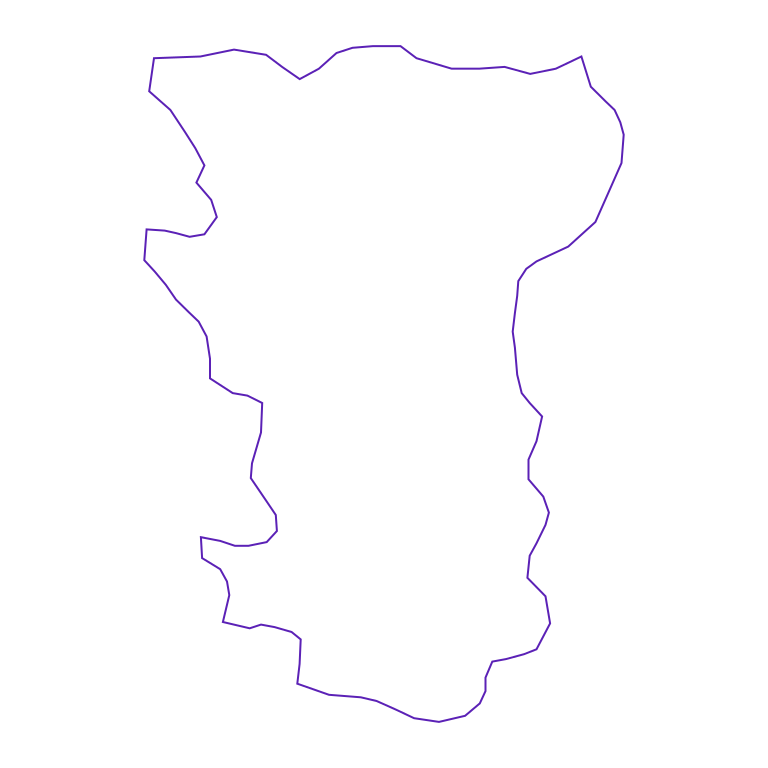 Larnakas Lapithou, Cyprus (Equal Earth projection)
{"feature_id": "46923920B93505429851808", "entity_name": "Larnakas Lapithou", "entity_type": "district", "adm_level": 2, "iso_a3": "CYP", "parent_name": "Cyprus", "parent_adm1": "", "projection": "equal_earth", "projection_center": [33.129, 35.305], "detail": "fine", "context": "isolated", "style": "outline", "palette": "violet", "viewbox_px": 768, "rotation_deg": 0, "n_neighbors": 0, "source": "geoboundaries", "source_scale": "gbopen_adm2", "svg_char_len": 1450}
<svg xmlns="http://www.w3.org/2000/svg" viewBox="0 0 768 768"><path d="M149.2,91.3L170.4,110.0L185.1,132.2L195.3,148.2L204.4,165.4L196.4,182.6L211.2,199.9L216.8,217.1L204.4,234.3L189.6,236.8L176.0,233.1L164.7,230.6L146.6,229.4L144.3,260.2L154.5,271.3L165.8,284.8L176.0,299.6L188.5,311.9L198.7,321.7L206.6,336.5L210.0,358.7L210.0,378.4L232.7,393.1L247.4,395.6L262.2,403.0L261.0,432.5L252.0,463.3L250.8,478.1L266.7,501.5L275.8,515.0L276.9,531.0L266.7,542.1L248.5,545.8L234.9,545.8L220.2,540.9L200.9,537.2L202.1,558.1L220.2,569.2L227.0,581.5L229.3,595.1L222.9,622.0L249.7,628.3L261.0,624.6L274.6,627.1L291.6,632.0L300.7,639.4L299.6,664.0L297.3,683.7L329.0,694.8L360.8,697.3L376.6,701.0L395.9,709.6L414.1,718.2L439.0,721.9L465.1,715.8L479.8,703.4L485.5,691.1L485.5,677.6L492.3,661.6L505.9,659.1L524.0,654.2L536.5,649.3L550.1,623.4L545.5,596.3L527.4,577.8L529.7,555.7L536.5,543.3L545.5,524.9L548.9,512.6L543.3,496.6L528.5,479.3L528.5,459.6L536.5,441.2L542.1,416.5L529.7,403.0L521.7,393.1L517.2,374.7L514.9,347.6L512.7,331.6L514.9,313.1L517.2,295.9L518.3,281.1L526.3,268.8L536.5,261.4L568.2,246.6L595.4,222.0L609.0,191.3L621.5,163.0L623.7,134.7L620.3,122.3L614.6,110.0L605.6,101.4L590.8,86.7L581.4,56.5L555.8,68.7L530.2,73.9L504.6,66.9L478.9,68.7L451.7,68.7L416.5,58.2L400.5,46.1L373.3,46.1L352.5,47.8L336.5,53.0L318.9,68.7L299.7,79.1L282.1,66.9L266.1,54.8L234.0,49.6L200.4,56.5L154.0,58.2L149.2,91.3Z" fill="none" stroke="#5b21b6" stroke-width="2"/></svg>